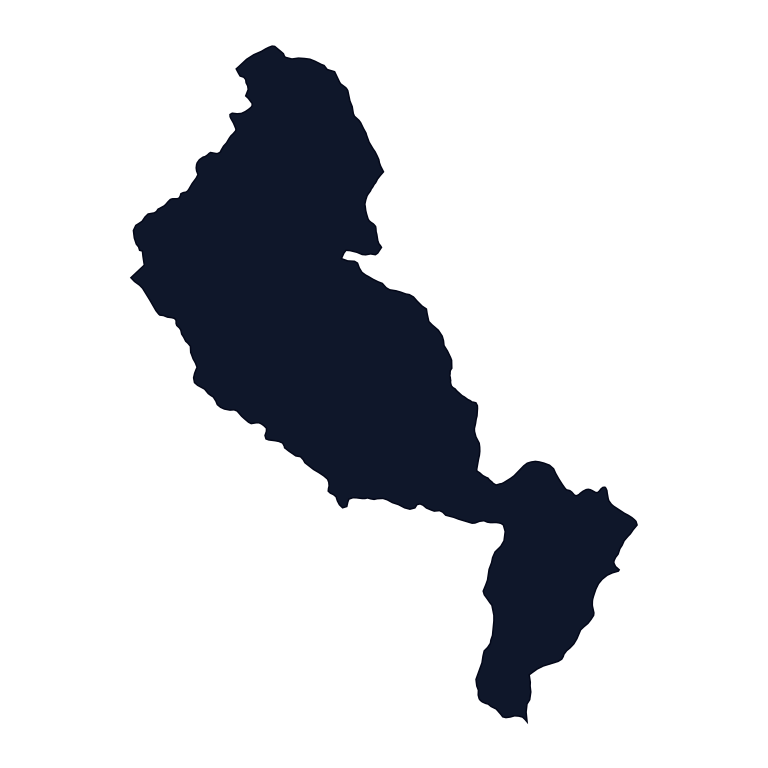 outline of Nanong, Tashigang, Bhutan
{"feature_id": "84629894B55544402274944", "entity_name": "Nanong", "entity_type": "district", "adm_level": 2, "iso_a3": "BTN", "parent_name": "Bhutan", "parent_adm1": "Tashigang", "projection": "mercator", "projection_center": [91.483, 27.098], "detail": "fine", "context": "isolated", "style": "filled", "palette": "ink", "viewbox_px": 768, "rotation_deg": 0, "n_neighbors": 0, "source": "geoboundaries", "source_scale": "gbopen_adm2", "svg_char_len": 6084}
<svg xmlns="http://www.w3.org/2000/svg" viewBox="0 0 768 768"><path d="M527.1,721.9L526.1,712.1L527.0,704.0L529.7,699.7L530.8,692.0L530.1,685.9L530.3,682.3L529.2,674.8L532.2,672.6L537.2,669.0L543.2,666.0L558.1,661.4L561.7,659.2L563.2,656.6L563.9,654.3L566.6,650.7L570.1,647.8L573.8,643.9L576.9,638.7L580.6,629.9L583.5,627.1L588.0,623.3L591.1,619.3L593.6,615.4L593.9,612.9L592.5,606.5L592.3,605.0L592.4,601.2L592.6,599.5L593.3,596.8L594.2,594.0L595.9,589.0L598.5,583.7L602.1,579.3L607.2,575.2L612.5,572.8L618.4,571.1L619.2,569.8L615.5,566.5L613.8,562.9L614.0,560.8L615.5,557.5L618.1,554.1L619.9,548.7L622.1,545.3L624.1,540.8L626.2,538.3L628.4,535.8L630.3,533.9L633.2,529.7L637.1,525.0L636.0,521.4L634.5,519.8L631.9,517.6L628.1,515.2L624.4,513.3L621.4,511.3L613.6,506.2L611.4,504.3L608.8,500.7L608.2,498.7L607.2,493.0L606.9,490.5L605.8,488.1L604.9,487.2L602.9,487.4L601.0,488.9L599.3,491.1L597.6,492.6L595.6,492.5L592.2,490.6L590.3,489.7L588.2,489.3L586.2,489.6L582.9,491.3L580.1,493.4L579.3,494.3L577.9,495.1L576.6,495.7L574.6,495.3L571.8,492.1L569.8,490.6L566.4,489.8L564.8,488.0L562.2,484.3L558.7,478.8L555.6,473.3L553.6,468.8L549.5,465.2L543.9,463.1L539.2,461.9L535.4,461.4L531.2,462.0L527.2,463.2L523.7,465.9L514.1,475.8L510.6,478.4L503.5,482.8L501.5,483.7L499.9,483.9L498.4,484.4L496.0,485.0L493.1,483.3L492.1,482.1L489.3,479.8L488.0,478.1L486.2,477.4L482.7,475.5L479.7,472.8L477.0,471.1L476.7,469.5L478.5,459.2L479.4,455.2L479.8,451.3L479.7,447.2L479.2,443.2L475.9,436.8L474.5,431.4L474.4,428.5L475.5,423.7L476.2,419.0L477.0,416.0L477.5,408.5L477.4,405.7L475.9,402.8L473.5,402.2L472.2,402.1L470.0,400.5L467.8,399.5L464.3,396.9L462.1,395.7L456.8,390.9L455.0,388.8L452.9,387.6L451.4,385.9L450.8,383.9L450.5,382.0L450.7,380.6L450.4,378.8L450.3,377.5L449.8,375.7L450.1,373.8L450.1,372.2L450.3,370.9L450.8,369.7L451.8,368.3L451.6,360.2L450.6,357.6L447.5,351.1L444.0,345.5L443.5,340.7L442.2,336.1L438.3,330.2L432.0,324.8L428.8,321.5L427.1,313.5L426.4,309.0L422.1,306.1L417.1,301.1L413.5,297.0L409.3,294.6L405.8,294.0L400.6,292.1L396.0,290.8L389.7,289.8L386.1,287.7L382.3,283.4L378.1,281.8L373.0,279.3L368.5,276.6L365.5,275.0L361.9,272.3L359.3,268.0L357.5,263.1L354.5,261.3L347.6,260.9L341.4,258.6L343.9,253.1L346.0,250.3L350.1,250.6L357.0,252.3L362.2,254.5L365.6,254.8L370.6,253.9L375.4,254.7L377.7,253.1L381.5,247.4L380.4,245.6L378.8,243.6L377.8,240.7L376.8,234.4L376.1,231.6L375.9,228.3L375.6,226.5L374.2,224.8L373.2,223.8L370.8,222.2L369.1,220.7L368.0,218.8L366.6,214.2L366.2,212.6L365.7,210.4L365.2,206.1L364.9,204.8L365.0,203.4L365.8,199.7L367.0,196.0L367.9,194.4L370.5,190.8L371.3,188.9L372.5,187.4L374.3,184.2L375.5,182.9L376.5,181.1L377.4,179.2L380.2,175.6L383.5,171.8L380.6,166.1L379.4,162.8L378.8,159.6L377.2,156.0L375.1,151.8L372.9,148.6L369.1,142.2L366.6,135.3L366.0,133.1L363.4,128.4L360.6,122.6L358.9,120.3L354.4,116.2L353.3,113.5L352.2,106.6L349.9,100.9L347.8,90.7L346.9,89.1L345.8,87.7L340.7,83.9L339.6,82.2L334.6,71.7L327.2,69.5L324.1,65.5L321.2,64.4L314.9,61.2L309.9,59.2L304.5,58.5L298.4,58.1L291.9,59.0L285.3,57.3L284.3,56.0L283.4,53.7L281.0,51.6L274.7,46.4L272.1,46.1L268.9,47.3L265.6,48.9L261.4,51.4L253.8,54.7L246.6,59.3L238.8,66.6L236.2,68.9L238.3,72.9L240.1,76.0L243.8,77.2L245.7,79.6L246.1,82.8L247.7,85.9L248.2,89.5L245.7,95.9L248.3,98.3L252.2,103.5L252.1,105.8L251.0,107.4L248.4,109.5L245.3,111.6L241.5,113.4L237.2,113.8L232.2,113.2L230.0,114.5L230.1,116.7L230.9,118.5L233.4,122.9L234.9,126.4L236.0,129.2L235.6,130.9L233.1,133.8L230.9,135.9L229.3,138.2L226.5,142.9L223.5,146.2L221.1,150.3L220.4,152.0L218.1,153.4L216.4,153.6L210.5,152.5L209.0,153.5L207.6,154.9L205.1,156.6L203.1,157.1L199.5,159.6L197.2,162.8L196.6,164.6L196.2,167.9L196.6,170.9L198.0,174.6L196.2,178.1L192.2,183.5L189.0,189.0L187.7,190.9L186.1,192.1L183.3,192.6L180.9,193.7L180.2,196.2L179.1,198.0L177.6,198.7L172.3,198.8L170.3,199.5L168.1,201.7L165.6,204.6L164.0,206.0L158.0,209.2L156.5,211.5L154.3,212.9L148.1,214.0L145.1,216.9L142.1,221.3L139.6,223.0L135.8,225.4L133.4,230.5L134.3,238.0L136.3,244.1L138.6,246.9L139.6,250.3L142.4,251.0L143.0,256.6L144.3,265.1L130.9,277.7L134.5,281.5L139.6,285.2L142.6,288.3L149.7,299.8L156.0,310.7L158.8,314.2L159.9,315.1L163.4,315.5L167.4,317.1L171.8,317.7L174.5,318.4L176.1,320.4L176.1,323.5L176.8,325.5L179.4,327.9L180.8,330.0L181.7,334.1L183.7,337.2L185.7,341.2L187.7,343.0L190.4,346.2L190.7,352.5L191.5,354.4L193.1,358.8L195.4,362.9L197.1,367.3L196.0,369.7L194.6,373.4L193.6,377.8L194.5,382.6L197.6,385.3L204.6,389.1L208.3,393.6L210.6,395.3L213.3,397.0L215.9,401.1L217.3,404.6L220.6,407.3L224.3,409.0L230.0,410.1L234.1,409.8L237.1,411.0L241.8,416.4L244.5,418.8L248.5,422.2L251.2,423.6L256.1,422.8L259.1,422.8L261.4,423.9L263.8,425.6L266.5,428.3L266.4,431.4L265.0,435.5L266.0,438.9L268.7,439.9L275.1,440.7L278.8,441.4L282.6,443.0L284.3,446.2L284.6,447.8L289.1,451.3L295.8,455.9L300.5,456.7L303.2,459.6L304.9,462.7L313.6,469.5L318.9,472.6L323.7,475.8L326.5,478.2L327.6,479.2L328.8,482.3L329.1,486.0L328.5,488.4L328.2,491.1L330.3,493.1L333.5,494.6L336.1,496.8L337.4,500.9L339.4,504.7L342.6,507.8L346.8,506.5L347.8,502.0L348.9,499.1L352.9,497.7L356.4,497.8L362.1,498.5L365.1,498.5L367.5,497.9L370.6,498.8L374.1,499.4L377.2,498.7L383.0,498.4L387.3,499.8L392.4,502.6L398.5,504.6L404.6,507.8L409.9,509.2L414.9,507.9L417.0,504.6L420.1,503.9L423.1,505.2L426.4,508.0L431.2,510.0L434.2,511.1L439.6,510.6L442.7,512.1L445.7,515.2L453.8,517.3L458.5,519.1L472.1,523.2L475.0,523.0L479.5,521.3L484.0,520.7L487.3,522.1L490.5,522.6L496.3,522.5L499.1,522.9L501.2,523.5L503.4,525.0L505.2,531.5L504.0,540.8L500.8,546.3L495.1,551.9L492.6,557.6L491.6,562.6L489.1,569.3L487.5,580.1L485.8,584.8L483.2,591.1L484.3,594.8L487.1,598.6L490.0,602.8L491.9,605.2L493.9,615.4L493.9,620.9L492.5,635.4L490.9,640.0L490.4,643.3L487.6,647.5L484.2,650.9L483.0,656.1L482.0,662.8L476.0,679.4L476.4,682.9L476.8,686.0L478.4,690.2L478.2,695.0L479.2,698.8L480.4,700.4L482.3,701.9L485.6,703.4L488.2,704.1L491.1,706.5L496.2,709.0L501.0,714.5L502.7,716.8L505.9,717.6L510.3,717.0L514.5,715.8L518.8,716.1L522.6,717.1L525.0,719.4L527.1,721.9Z" fill="#0f172a" stroke="#020617" stroke-width="1.5"/></svg>